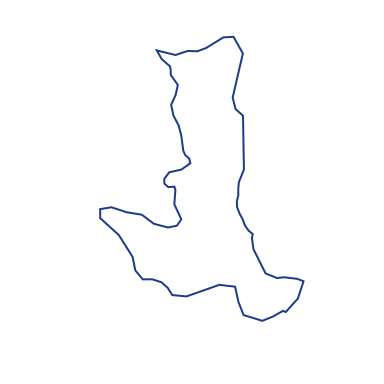 outline of Abia, rotated 160°
{"feature_id": "NGA-2841", "entity_name": "Abia", "entity_type": "State", "adm_level": 1, "iso_a3": "NGA", "parent_name": "Nigeria", "parent_adm1": "", "projection": "albers", "projection_center": [7.526, 5.42], "detail": "fine", "context": "isolated", "style": "outline", "palette": "blue", "viewbox_px": 384, "rotation_deg": 160, "n_neighbors": 0, "source": "natural_earth", "source_scale": "10m", "svg_char_len": 1108}
<svg xmlns="http://www.w3.org/2000/svg" viewBox="0 0 384 384"><g transform="rotate(160 192 192)"><path d="M268.2,126.8L272.1,137.8L270.0,151.2L275.5,176.6L287.2,198.8L284.2,207.3L272.9,205.2L260.4,195.4L246.9,187.8L238.7,175.2L226.8,166.9L217.7,165.5L211.4,170.0L212.8,186.5L206.9,199.6L206.7,203.0L212.6,204.7L215.1,209.3L213.6,213.8L206.6,218.3L194.4,216.7L183.7,219.6L183.2,224.5L185.7,228.9L186.1,233.6L182.8,248.6L181.8,259.1L183.3,270.2L181.8,281.0L174.1,288.9L168.7,297.5L171.9,309.3L170.4,313.6L169.7,317.6L175.0,327.2L176.7,337.1L160.7,326.4L147.9,326.0L138.8,322.4L129.4,322.5L109.7,326.6L99.9,323.6L96.8,304.8L121.5,266.8L122.7,255.1L118.0,246.2L135.5,195.4L144.6,185.2L147.4,179.3L149.7,172.9L153.0,168.0L154.8,162.3L154.7,155.6L153.7,149.1L153.7,142.5L152.0,136.2L149.3,131.7L151.4,128.3L153.8,117.2L150.7,90.3L141.5,82.0L134.9,80.5L122.8,74.4L117.7,70.0L128.9,55.7L144.9,47.2L146.4,48.4L147.0,49.2L158.4,47.3L170.0,46.9L185.6,58.7L186.0,72.8L183.9,88.3L198.1,95.4L233.0,95.8L245.8,101.9L247.6,110.2L251.5,117.6L259.3,123.6L268.2,126.8Z" fill="none" stroke="#1e3a8a" stroke-width="2"/></g></svg>